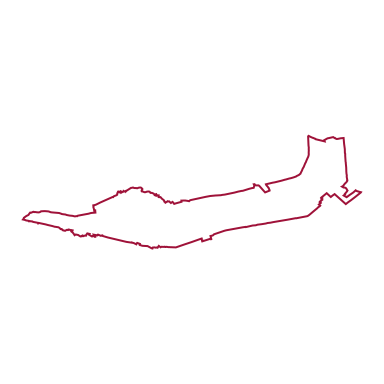 Scobinti, Iasi, Romania (Natural Earth projection)
{"feature_id": "2599482B99021610053255", "entity_name": "Scobinti", "entity_type": "district", "adm_level": 2, "iso_a3": "ROU", "parent_name": "Romania", "parent_adm1": "Iasi", "projection": "natural_earth1", "projection_center": [26.947, 47.425], "detail": "fine", "context": "isolated", "style": "outline", "palette": "rose", "viewbox_px": 384, "rotation_deg": 0, "n_neighbors": 0, "source": "geoboundaries", "source_scale": "gbopen_adm2", "svg_char_len": 5806}
<svg xmlns="http://www.w3.org/2000/svg" viewBox="0 0 384 384"><path d="M320.2,205.7L318.9,204.5L320.5,203.2L319.9,202.6L320.6,202.1L320.0,201.5L322.2,199.8L321.3,198.9L322.2,198.1L321.4,197.5L326.7,193.2L330.8,197.0L332.5,195.6L334.6,194.1L345.8,204.1L348.3,202.1L350.6,200.5L355.3,196.9L360.8,192.5L361.0,192.2L360.7,192.1L360.3,192.3L360.0,192.1L359.7,192.2L358.7,191.5L358.2,191.5L357.5,191.3L357.3,191.2L356.3,190.9L355.7,190.3L353.4,192.4L349.3,195.2L347.9,196.3L347.3,196.5L347.2,196.8L346.6,197.2L343.7,195.5L345.1,194.3L344.9,193.9L347.0,191.4L347.5,190.5L347.1,190.1L346.8,189.3L345.8,188.0L344.6,187.5L343.9,187.6L343.1,187.3L342.0,186.6L342.8,186.2L343.3,185.7L344.8,183.7L346.4,182.2L347.3,180.8L347.1,180.3L347.3,180.1L346.7,176.8L346.8,175.7L346.7,174.7L346.5,173.9L346.3,171.3L346.3,170.6L346.2,167.5L345.8,163.3L345.8,162.6L345.6,161.8L345.2,155.8L345.2,154.1L345.1,153.3L344.9,153.0L344.8,149.1L344.1,143.8L343.6,138.0L340.6,138.3L337.8,138.9L336.7,139.0L335.5,138.5L335.0,138.0L334.7,138.1L333.2,137.1L328.8,138.1L328.1,138.2L327.4,138.4L325.1,139.7L324.3,140.1L324.7,141.4L315.6,139.2L315.4,138.8L314.9,138.7L313.2,137.9L312.5,137.8L311.8,137.4L311.0,137.1L307.9,135.5L308.1,135.8L308.5,145.4L308.8,147.8L308.7,149.0L308.8,150.2L308.7,152.4L308.7,153.5L308.8,154.0L308.6,155.4L308.2,156.8L307.5,158.2L306.4,160.7L305.9,162.1L305.2,163.3L303.7,167.0L302.9,168.3L302.5,169.1L302.0,170.5L301.0,172.4L300.4,173.8L299.8,174.1L299.3,174.7L298.2,175.3L296.5,176.1L296.1,176.5L293.2,177.5L290.8,178.2L289.3,178.5L285.5,179.6L285.2,179.6L281.8,180.6L274.9,182.3L272.6,182.7L265.9,184.3L266.0,184.6L266.7,185.6L267.8,186.8L268.1,187.4L268.5,187.9L268.8,188.1L269.0,188.9L269.6,190.2L269.6,190.6L265.1,192.4L259.4,186.0L258.6,185.4L255.9,185.4L254.7,184.7L254.5,184.2L253.8,184.3L254.1,185.0L254.3,185.7L253.7,187.8L252.0,188.1L249.2,188.8L242.8,190.8L241.6,190.9L238.2,191.6L234.4,192.6L224.8,194.6L222.2,194.9L221.0,195.2L215.5,195.5L210.2,196.0L205.4,196.9L190.6,200.1L189.9,200.4L189.1,201.2L187.2,200.8L185.6,200.6L185.2,200.5L181.4,200.6L181.5,201.8L175.3,203.5L175.1,203.6L174.2,203.9L173.3,202.7L172.5,201.9L170.9,203.0L169.0,201.3L167.5,201.6L167.4,201.4L165.4,202.7L165.0,202.2L164.8,201.8L164.3,201.6L164.2,201.3L164.2,200.7L163.6,200.0L162.0,198.8L160.5,197.1L159.4,197.2L158.6,197.1L158.5,196.7L158.7,195.4L157.5,195.3L156.4,195.8L156.1,195.8L155.8,195.2L155.9,194.9L156.3,194.5L156.3,194.3L156.2,194.1L155.6,194.3L155.0,195.0L154.6,195.1L154.1,194.1L153.6,193.6L151.9,192.9L150.5,192.9L149.7,191.8L148.9,191.5L147.1,191.6L145.4,192.2L144.4,192.2L142.7,191.5L141.8,191.4L141.6,191.1L141.6,190.6L141.8,190.0L142.3,189.4L142.4,189.0L141.5,188.0L140.9,187.6L140.1,187.5L138.7,187.7L137.1,188.3L136.0,188.0L135.3,188.1L134.2,188.0L133.6,187.8L133.0,187.5L131.6,187.9L131.0,187.9L127.7,190.0L126.6,190.7L125.9,191.4L125.8,190.9L124.4,191.5L123.6,191.0L123.4,191.7L122.6,191.9L121.7,192.4L121.8,191.8L120.8,191.3L120.4,192.5L119.6,192.4L119.8,191.7L119.1,191.6L119.1,191.8L118.9,192.0L118.5,191.9L118.5,191.7L118.0,191.7L117.5,193.0L117.3,193.2L117.2,194.0L117.2,194.7L117.0,194.9L116.1,195.4L114.7,195.9L113.8,196.3L113.5,196.6L113.2,197.1L112.6,197.0L100.3,202.5L95.9,204.7L94.2,205.2L93.3,205.3L93.3,205.5L93.7,206.0L93.6,206.3L93.3,206.9L93.9,208.9L94.2,210.6L95.2,210.4L95.4,212.6L91.8,212.9L90.6,213.1L88.6,213.7L86.4,214.1L77.8,215.7L77.2,216.2L76.6,216.1L74.9,216.4L72.3,215.8L69.8,215.6L66.7,215.0L65.4,214.5L62.8,214.2L61.7,214.0L61.4,213.8L59.1,213.0L51.9,212.4L50.6,212.2L48.8,211.5L48.4,211.4L44.7,211.1L41.0,211.3L40.6,211.7L39.6,212.2L38.8,212.4L37.0,212.3L35.0,212.0L34.4,212.1L33.9,211.9L33.7,212.0L33.3,211.8L32.2,212.2L31.8,212.5L30.5,212.9L30.3,212.9L30.1,212.7L29.4,213.5L28.7,214.6L28.4,215.0L26.9,215.7L26.8,215.8L26.2,216.1L23.9,217.8L23.9,218.1L23.6,218.7L23.0,219.5L25.5,220.1L25.9,220.4L28.4,220.8L28.6,221.0L28.8,221.3L29.0,221.4L29.3,221.2L29.8,221.0L30.5,221.3L31.4,221.4L31.5,221.3L31.9,221.3L32.7,221.6L33.0,221.9L33.6,222.0L37.3,222.7L37.8,222.9L38.1,223.4L38.6,222.9L45.6,224.4L47.8,225.0L52.2,226.0L54.9,226.8L55.4,226.8L58.5,227.3L59.6,228.0L60.6,229.1L61.6,229.0L62.5,229.7L62.6,230.2L63.1,230.3L63.6,230.5L63.9,230.5L65.1,230.8L66.0,230.3L66.7,229.9L67.0,229.9L67.3,230.0L67.4,229.9L68.1,229.7L68.4,229.9L68.9,229.5L69.6,229.8L71.2,230.2L71.7,230.1L72.0,230.3L72.6,230.4L72.5,230.7L71.5,231.6L72.8,232.6L74.0,234.2L74.6,235.2L75.7,234.5L78.2,235.0L80.1,236.3L80.6,236.4L81.7,235.9L81.6,236.3L83.3,236.0L83.6,236.1L83.9,235.7L86.1,235.6L86.2,234.9L87.3,233.4L89.5,233.9L89.0,234.7L92.0,236.5L92.7,235.8L93.0,235.8L95.0,236.9L95.4,236.7L95.3,236.4L94.9,236.2L94.3,235.7L93.8,234.7L97.5,235.4L97.7,235.2L97.6,234.8L97.7,234.7L98.0,234.7L98.1,234.9L98.7,234.9L99.1,235.1L99.7,235.3L100.0,235.5L100.4,235.7L101.0,235.7L101.1,235.8L102.2,235.3L102.5,235.4L102.8,236.0L107.9,237.5L126.5,241.9L131.3,242.6L131.7,242.4L131.9,242.7L133.7,243.0L134.0,243.2L136.3,244.3L136.7,243.4L137.2,242.9L139.9,243.9L139.6,244.8L139.9,245.1L140.6,245.2L141.4,245.5L142.4,245.8L147.6,246.1L151.1,248.0L152.2,248.5L152.4,248.5L152.5,247.9L152.8,247.5L154.7,247.4L155.9,247.7L157.0,247.4L157.6,247.7L158.8,245.9L160.6,247.3L161.4,246.8L161.6,246.8L164.0,246.9L164.8,246.7L165.2,247.0L165.8,247.0L166.6,246.8L168.3,247.1L175.9,247.4L184.3,244.5L191.8,242.0L200.8,238.8L201.7,238.5L201.8,238.8L201.8,239.4L202.0,240.9L202.3,241.2L202.5,241.1L202.5,241.3L210.6,238.7L211.5,239.9L210.5,236.0L212.7,235.5L213.9,234.5L214.0,234.3L224.3,230.8L226.2,230.3L242.7,227.3L245.6,226.9L245.8,227.1L252.7,225.5L255.6,225.3L256.4,225.1L257.4,224.7L261.5,224.2L265.9,223.5L267.6,223.0L270.4,222.7L273.3,222.1L288.1,219.6L295.7,218.2L296.1,218.3L307.1,216.2L307.7,216.0L309.3,214.9L313.2,211.6L317.3,208.2L318.0,207.4L319.7,206.2L320.2,205.7Z" fill="none" stroke="#9f1239" stroke-width="2"/></svg>